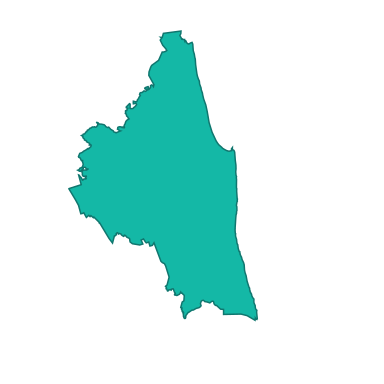 outline of eThekwini, KwaZulu-Natal, South Africa, rotated 319°
{"feature_id": "47623444B60178842862169", "entity_name": "eThekwini", "entity_type": "district", "adm_level": 2, "iso_a3": "ZAF", "parent_name": "South Africa", "parent_adm1": "KwaZulu-Natal", "projection": "albers", "projection_center": [30.82, -29.885], "detail": "fine", "context": "isolated", "style": "filled", "palette": "teal", "viewbox_px": 384, "rotation_deg": 319, "n_neighbors": 0, "source": "geoboundaries", "source_scale": "gbopen_adm2", "svg_char_len": 5953}
<svg xmlns="http://www.w3.org/2000/svg" viewBox="0 0 384 384"><g transform="rotate(319 192 192)"><path d="M290.2,79.1L288.5,78.5L286.7,78.2L286.1,77.3L285.9,75.6L286.5,74.1L286.4,73.6L285.4,73.8L286.0,72.3L286.4,72.0L284.6,70.2L284.9,69.9L284.7,69.8L285.5,65.9L287.4,65.2L289.3,63.3L274.5,53.5L270.9,55.8L269.9,54.8L270.1,55.9L267.7,56.5L266.2,62.0L266.2,67.1L266.0,67.5L265.8,68.7L264.1,68.5L261.8,67.4L261.4,66.8L253.2,70.7L244.6,70.0L242.7,70.7L238.3,73.2L235.9,75.7L233.7,86.0L232.0,87.2L232.2,85.6L231.8,84.7L230.6,84.5L229.4,85.8L228.6,86.1L227.8,86.0L227.5,85.7L227.5,85.0L228.0,84.0L228.0,83.6L225.7,82.7L224.5,82.6L224.2,83.2L224.7,84.4L226.4,85.4L226.5,86.2L224.9,85.6L223.0,85.6L222.1,84.2L219.6,84.2L218.6,83.4L217.7,83.2L216.3,84.1L216.3,85.3L214.6,85.6L212.5,86.5L211.3,86.6L210.5,87.2L209.6,87.5L208.8,87.1L207.3,85.0L206.2,86.1L205.6,87.0L207.8,88.2L207.9,88.7L207.6,89.6L206.4,90.0L204.3,90.2L203.7,90.0L202.5,90.3L202.0,90.1L200.5,89.0L200.2,88.2L202.7,85.4L203.0,84.9L202.8,84.3L198.1,84.7L197.7,85.3L198.5,86.7L197.2,87.0L196.5,87.6L196.1,87.7L195.4,87.1L194.9,87.2L194.2,88.4L193.3,88.8L193.2,89.3L193.5,90.1L192.5,91.8L192.7,92.7L192.6,94.1L192.3,94.5L192.4,95.5L190.0,95.1L188.6,95.3L187.3,95.9L186.6,96.5L184.8,97.1L184.0,97.7L183.7,98.5L183.4,98.9L183.2,98.8L182.9,97.9L182.3,97.5L182.3,98.3L181.4,97.3L181.5,96.8L180.4,95.4L178.9,94.6L178.2,94.7L177.7,95.3L177.0,95.6L177.7,98.4L178.1,99.0L173.5,97.5L173.5,97.1L172.4,95.5L172.7,94.1L171.8,91.5L171.7,88.4L170.6,88.0L169.8,86.1L170.0,85.1L169.8,83.6L168.2,81.4L166.6,79.9L166.5,78.0L165.5,76.5L165.7,77.7L165.4,79.1L164.2,80.0L163.5,79.9L162.6,80.1L161.7,79.8L161.1,78.7L160.6,78.6L159.4,77.5L157.5,77.4L157.3,77.1L156.8,76.9L155.0,77.2L154.0,77.0L153.7,76.7L152.2,77.4L151.8,77.1L149.1,77.7L147.9,77.0L147.0,77.4L145.7,76.9L146.1,78.5L145.3,79.5L145.5,81.4L145.0,82.1L145.3,83.1L145.8,83.6L145.8,84.4L145.4,84.9L146.6,88.1L146.3,88.6L145.3,89.1L145.6,89.5L146.6,89.9L146.6,90.6L145.2,91.5L144.3,91.4L143.0,91.6L142.5,91.5L142.7,91.3L142.1,90.9L139.0,90.6L137.1,90.1L135.1,90.1L132.6,89.2L129.5,90.8L129.3,91.5L129.9,92.8L129.6,94.1L129.3,94.8L129.2,96.0L129.4,96.3L129.8,96.2L130.1,96.5L129.2,97.3L128.2,99.6L126.8,100.6L124.8,101.3L123.4,100.6L122.9,100.5L121.5,101.1L120.1,100.6L120.8,102.6L121.4,103.2L125.3,103.0L126.0,102.1L126.7,102.5L127.7,103.5L127.4,105.4L128.6,106.3L128.5,106.5L128.1,106.5L126.8,106.2L124.4,104.2L123.4,104.2L122.1,104.6L121.7,105.7L120.5,107.1L120.2,108.3L120.4,109.0L122.6,110.6L122.4,111.0L121.7,110.8L121.1,111.0L121.1,112.3L120.5,112.5L119.1,111.3L117.9,111.4L117.1,111.1L117.6,109.7L117.8,108.1L117.6,106.9L117.9,105.4L117.6,104.8L113.2,113.8L101.6,108.8L101.2,108.8L98.9,121.7L97.6,127.6L93.8,135.5L95.0,136.2L96.7,136.7L95.6,141.9L98.8,141.9L98.9,143.7L100.2,143.5L100.7,146.7L101.5,146.6L102.1,154.4L101.7,154.5L101.9,155.6L98.9,172.7L98.5,178.4L104.7,174.2L105.5,174.7L105.8,174.5L107.0,174.7L107.3,174.4L107.5,173.7L108.9,173.7L109.2,174.3L109.1,175.6L109.6,175.6L110.1,175.8L110.8,177.1L110.6,178.2L111.2,180.6L111.9,180.7L112.5,180.2L112.8,180.3L113.2,181.2L113.2,183.5L114.1,185.4L114.2,186.3L114.1,186.8L113.7,187.1L112.5,189.1L113.1,192.0L117.8,197.7L120.8,199.0L122.1,194.9L124.6,195.6L124.1,198.8L124.1,200.4L126.5,201.4L124.8,205.2L127.1,206.3L130.0,205.4L123.1,223.9L123.3,225.9L124.2,228.0L123.6,230.5L118.9,241.2L112.2,245.8L110.1,245.8L110.1,246.9L109.8,247.5L109.0,248.0L109.3,248.6L108.6,250.5L108.7,250.8L109.2,251.0L110.4,250.7L111.3,251.5L111.7,251.5L111.9,252.4L113.1,252.0L113.6,252.4L114.1,252.5L114.3,252.9L113.1,255.9L112.9,257.6L112.7,257.9L112.2,257.6L111.6,257.9L111.4,258.1L111.5,258.7L111.9,258.9L112.7,260.2L115.3,260.9L116.5,260.7L117.9,260.1L117.7,261.5L118.3,262.1L118.1,263.2L118.3,264.2L118.2,265.1L114.5,268.8L112.4,268.6L107.7,271.8L107.7,272.4L108.3,272.9L107.8,273.5L107.1,273.7L106.7,275.4L106.2,275.8L106.7,276.8L106.5,277.2L106.0,277.1L105.9,277.3L106.2,277.9L105.4,278.2L104.9,279.2L104.1,280.0L103.4,281.8L103.4,282.4L103.6,282.8L104.1,283.0L104.6,282.8L105.5,282.1L105.4,281.6L105.5,281.4L110.2,280.4L110.8,280.7L114.3,281.1L115.7,282.0L118.8,282.6L121.4,283.9L123.3,284.1L124.3,283.7L125.1,281.8L127.2,280.5L128.3,280.5L129.5,281.1L129.8,282.5L129.7,283.0L131.3,285.0L132.7,287.4L135.1,287.5L136.0,288.0L136.3,288.5L136.2,289.2L135.3,290.8L135.2,292.2L135.5,293.2L136.1,293.7L136.7,299.2L138.8,301.3L135.5,305.1L148.9,316.3L152.5,321.5L155.4,330.1L156.2,329.2L156.5,329.2L156.6,329.5L157.0,329.0L156.9,329.6L157.2,330.2L157.3,330.4L157.5,330.1L158.1,330.5L161.7,325.4L162.8,324.2L163.3,323.9L163.4,323.5L163.2,323.0L163.3,322.1L164.0,320.7L165.2,319.1L165.9,316.7L166.5,315.6L168.5,313.4L168.5,311.6L169.0,309.7L170.0,307.9L169.9,307.5L170.2,306.8L170.1,306.4L170.4,306.1L170.6,305.0L171.1,304.5L171.2,303.9L172.4,302.3L172.5,301.3L175.1,295.4L177.9,290.7L179.1,287.7L180.4,285.4L183.6,281.2L184.6,279.1L185.5,275.8L186.7,273.5L186.7,273.0L187.5,270.5L188.2,269.6L188.6,268.5L188.9,268.4L188.9,268.1L188.6,267.9L188.8,267.2L190.0,264.7L192.0,261.7L192.0,261.0L192.7,259.6L194.6,256.9L195.6,254.5L196.6,253.0L197.6,252.1L197.7,251.4L199.9,248.5L200.4,248.2L200.7,247.7L208.2,240.1L210.2,238.2L211.5,237.4L212.9,235.9L213.8,235.4L216.2,232.5L216.4,231.7L217.0,231.0L219.4,229.0L220.2,228.7L220.6,228.0L221.7,227.1L221.7,226.7L223.8,223.9L226.3,220.6L228.0,218.8L228.0,218.5L228.7,217.5L233.8,211.8L234.9,210.2L235.8,209.5L236.1,208.4L238.2,205.5L240.4,203.4L242.8,200.5L245.5,196.4L250.3,190.0L250.8,188.8L250.9,187.8L250.5,187.1L250.5,186.2L251.6,185.0L250.1,185.3L249.0,186.7L247.0,185.7L246.2,184.9L245.2,183.2L244.4,181.1L243.7,178.8L243.8,178.1L243.2,173.8L243.4,171.5L243.8,169.0L246.4,160.0L250.4,150.9L256.3,141.2L259.5,135.4L261.8,129.5L263.8,125.7L264.8,124.1L266.1,120.8L267.1,119.4L268.6,115.5L270.3,113.1L270.9,111.0L272.0,108.3L273.3,105.9L278.2,98.4L281.7,93.8L282.4,92.3L284.1,89.6L285.7,86.1L289.6,80.9L290.2,79.1Z" fill="#14b8a6" stroke="#0f766e" stroke-width="1.5"/></g></svg>